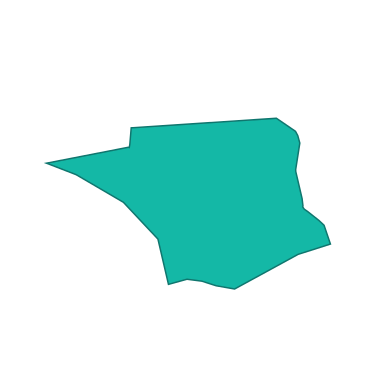 the Parish of Christ Church, rotated 17°
{"feature_id": "BRB-1989", "entity_name": "Christ Church", "entity_type": "Parish", "adm_level": 1, "iso_a3": "BRB", "parent_name": "Barbados", "parent_adm1": "", "projection": "albers", "projection_center": [-59.519, 13.09], "detail": "fine", "context": "isolated", "style": "filled", "palette": "teal", "viewbox_px": 384, "rotation_deg": 17, "n_neighbors": 0, "source": "natural_earth", "source_scale": "10m", "svg_char_len": 515}
<svg xmlns="http://www.w3.org/2000/svg" viewBox="0 0 384 384"><g transform="rotate(17 192 192)"><path d="M339.6,201.3L311.7,220.6L261.1,272.3L242.5,274.6L227.4,274.4L212.7,276.9L196.5,287.2L173.2,247.0L129.4,221.9L76.1,209.3L44.4,207.0L117.9,167.9L119.0,167.8L118.6,164.5L115.1,148.4L251.1,96.8L273.2,103.7L276.7,107.2L280.8,113.7L284.6,140.3L285.3,142.2L299.2,166.1L302.2,172.9L302.2,173.9L304.4,175.6L308.4,176.9L321.9,182.2L328.0,185.2L339.6,201.3Z" fill="#14b8a6" stroke="#0f766e" stroke-width="1.5"/></g></svg>